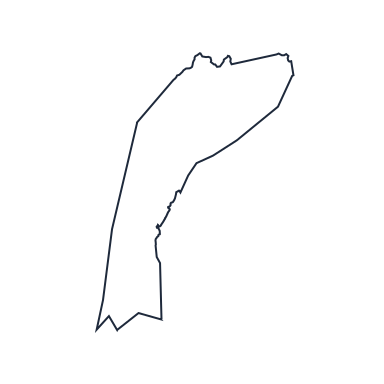 outline of Bexon, Castries, Saint Lucia, rotated 14°
{"feature_id": "8701671B76266155523948", "entity_name": "Bexon", "entity_type": "district", "adm_level": 2, "iso_a3": "LCA", "parent_name": "Saint Lucia", "parent_adm1": "Castries", "projection": "natural_earth1", "projection_center": [-60.975, 13.959], "detail": "fine", "context": "isolated", "style": "outline", "palette": "slate", "viewbox_px": 384, "rotation_deg": 14, "n_neighbors": 0, "source": "geoboundaries", "source_scale": "gbopen_adm2", "svg_char_len": 3988}
<svg xmlns="http://www.w3.org/2000/svg" viewBox="0 0 384 384"><g transform="rotate(14 192 192)"><path d="M256.6,41.1L254.9,41.9L253.5,41.1L252.4,38.9L252.6,36.7L250.0,35.4L248.4,37.0L246.1,37.6L242.6,36.7L240.7,38.1L199.5,58.5L197.6,56.1L197.4,53.4L195.3,51.2L193.9,51.2L193.7,52.5L190.9,55.8L191.1,57.7L188.8,63.4L186.0,64.5L183.7,62.6L182.5,62.9L178.8,61.3L178.8,59.6L177.4,57.2L175.3,56.9L173.0,57.7L169.2,58.0L166.7,55.5L166.0,55.5L164.1,57.9L162.9,58.9L162.4,59.4L162.0,61.0L162.4,62.7L161.9,64.2L161.6,66.1L161.8,68.3L161.8,70.5L160.8,71.8L159.7,72.6L156.4,73.6L154.3,76.0L153.6,77.8L151.4,81.3L149.3,82.6L148.9,84.6L148.0,86.3L146.9,87.7L121.8,137.9L122.0,138.5L123.4,247.4L131.8,318.4L132.8,348.6L141.4,332.5L152.8,344.1L152.9,343.7L169.4,322.4L192.5,323.1L192.1,322.8L192.2,322.7L192.4,322.6L192.5,322.5L192.7,322.4L192.8,322.4L193.0,322.2L178.2,268.7L173.5,263.6L169.6,252.7L169.6,251.6L169.1,250.1L168.8,249.1L168.5,248.5L168.3,247.9L168.2,246.8L168.2,246.4L168.4,245.9L168.8,245.0L168.8,244.7L169.0,244.2L169.4,243.7L170.0,242.9L169.9,242.6L169.8,241.9L170.0,241.5L170.3,241.2L171.0,240.8L171.0,240.5L170.8,240.2L170.8,239.9L170.6,239.4L170.5,238.9L170.0,237.4L169.7,237.1L168.9,236.1L168.7,236.0L168.5,235.6L168.2,235.2L167.7,235.1L166.7,235.2L166.1,234.3L166.2,234.0L166.6,233.3L166.7,232.9L166.8,232.6L166.9,232.4L166.9,232.2L167.1,232.3L167.2,232.5L167.3,232.7L167.4,232.8L167.6,233.1L167.8,233.2L167.9,233.3L168.1,233.3L168.3,233.3L168.5,233.3L168.8,233.2L169.1,233.1L169.3,232.9L169.5,232.7L169.7,232.4L169.7,232.2L169.8,232.1L169.8,231.9L169.9,231.6L170.0,231.5L170.0,231.3L170.1,231.1L170.1,230.9L170.2,230.7L170.3,230.5L170.3,230.4L170.4,230.2L170.5,229.9L170.6,229.6L170.7,229.3L170.8,229.1L170.9,228.8L171.0,228.7L171.1,228.4L171.1,228.2L171.2,227.9L171.3,227.7L171.4,227.4L171.4,227.2L171.5,227.0L171.5,226.9L171.6,226.7L171.7,226.4L171.7,226.1L171.8,226.0L171.8,225.7L171.9,225.4L172.0,225.2L172.1,224.9L172.1,224.7L172.2,224.4L172.2,224.1L172.3,224.1L172.3,223.9L172.4,223.7L172.5,223.4L172.5,223.2L172.6,222.9L172.7,222.7L172.7,222.4L172.8,222.2L172.9,221.9L172.9,221.7L173.0,221.5L173.0,221.4L173.0,221.2L173.1,220.8L173.1,220.7L173.2,220.3L173.2,220.1L173.3,219.9L173.3,219.7L173.3,219.4L173.4,219.1L173.4,218.9L173.5,218.8L173.5,218.6L173.5,218.3L173.6,218.1L173.6,217.8L173.7,217.6L173.7,217.4L173.8,217.2L173.9,216.8L174.0,216.6L174.1,216.4L174.2,216.2L174.3,215.9L174.4,215.7L174.5,215.4L174.6,215.1L174.6,214.9L174.6,214.6L174.6,214.3L174.6,214.1L174.4,213.9L174.1,213.7L173.8,213.6L173.7,213.6L173.4,213.5L173.1,213.4L172.9,213.2L172.7,213.0L172.6,212.9L172.5,212.7L172.5,212.4L172.5,212.2L172.8,212.0L173.0,211.9L173.3,211.8L173.5,211.7L173.7,211.4L173.8,211.3L173.9,211.2L174.0,211.0L174.1,210.9L174.2,210.7L174.3,210.4L174.3,210.2L174.4,209.8L174.3,209.6L174.2,209.5L174.2,209.3L174.1,209.2L174.0,208.8L174.0,208.6L174.0,208.3L174.0,208.1L174.1,207.9L174.2,207.7L174.3,207.6L174.4,207.4L174.6,207.3L174.8,207.2L175.0,207.0L175.3,206.9L175.5,206.8L175.6,206.7L175.8,206.5L175.9,206.3L176.0,206.2L176.1,205.9L176.1,205.7L176.2,205.4L176.3,205.3L176.3,205.2L176.4,204.9L176.5,204.7L176.6,204.3L176.6,204.2L176.7,203.9L176.7,203.7L176.8,203.6L176.8,203.4L176.8,203.2L176.9,202.8L176.9,202.7L177.0,202.5L177.0,202.3L177.0,202.2L177.0,201.9L177.0,201.7L177.0,201.4L177.0,201.2L177.0,200.9L177.0,200.7L177.0,200.4L177.0,200.2L177.0,199.9L177.0,199.7L177.0,199.2L177.0,198.8L177.0,198.6L177.0,198.4L177.0,198.2L177.0,197.9L177.0,197.7L176.9,197.4L176.9,197.2L176.9,196.9L176.9,196.7L176.8,196.4L176.8,196.2L176.8,195.9L177.1,195.7L177.3,195.5L177.5,195.3L177.6,195.2L177.8,195.0L178.0,194.9L178.2,194.7L178.3,194.6L178.4,194.4L178.5,194.2L178.8,193.9L179.1,193.8L179.3,193.8L179.5,193.8L179.7,194.0L179.8,194.1L180.0,194.3L180.1,194.5L180.3,194.6L180.4,194.8L180.5,194.9L180.6,195.0L180.8,195.2L180.9,195.3L184.3,176.9L189.4,162.9L203.6,151.6L223.0,131.0L254.8,88.4L261.1,55.1L262.2,54.2L256.6,41.1Z" fill="none" stroke="#1e293b" stroke-width="2"/></g></svg>